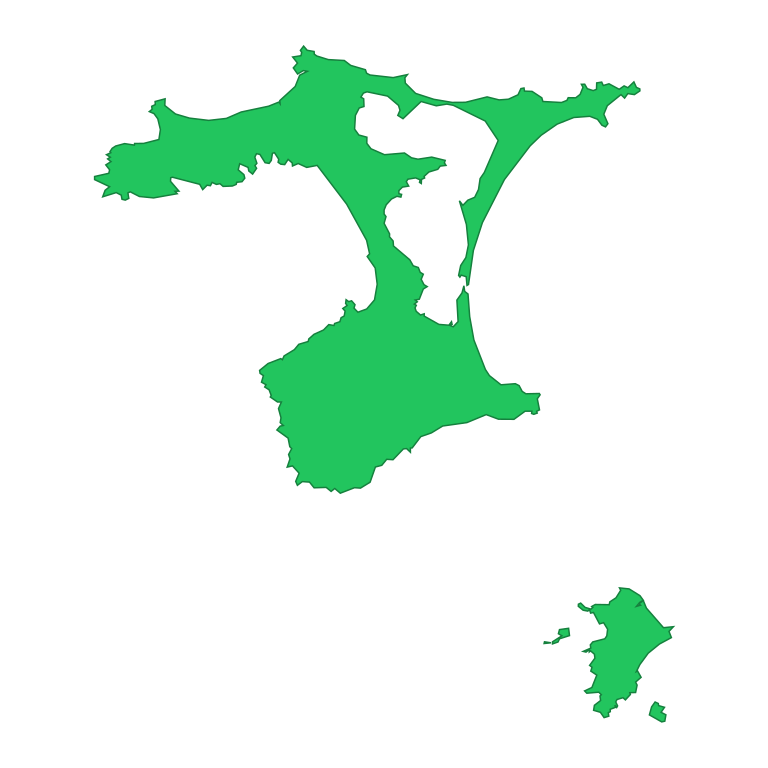 Chatham Islands Territory, New Zealand
{"feature_id": "76426892B18906871273548", "entity_name": "Chatham Islands Territory", "entity_type": "district", "adm_level": 2, "iso_a3": "NZL", "parent_name": "New Zealand", "parent_adm1": "", "projection": "equal_earth", "projection_center": [-176.482, -44.024], "detail": "fine", "context": "isolated", "style": "filled", "palette": "green", "viewbox_px": 768, "rotation_deg": 0, "n_neighbors": 0, "source": "geoboundaries", "source_scale": "gbopen_adm2", "svg_char_len": 6066}
<svg xmlns="http://www.w3.org/2000/svg" viewBox="0 0 768 768"><path d="M303.6,46.1L300.4,50.4L301.7,52.3L301.0,55.7L292.7,57.0L297.5,63.1L293.3,67.9L297.6,74.0L303.3,70.6L307.4,71.3L299.7,75.2L295.2,86.5L279.8,100.6L280.1,103.8L278.8,102.1L268.6,106.2L241.2,112.0L226.4,118.4L208.7,120.4L189.5,118.1L175.5,114.0L164.8,105.5L165.1,98.8L155.1,101.5L155.3,104.6L151.7,106.3L152.1,109.3L149.3,111.6L154.0,113.6L157.8,118.8L160.4,129.6L158.9,139.5L143.7,143.4L134.6,143.5L134.4,145.1L124.6,143.6L115.7,146.0L112.2,148.3L110.0,151.6L110.8,152.7L106.5,154.7L110.3,157.2L107.6,158.9L111.0,161.6L105.8,164.9L109.6,169.8L108.8,173.3L94.6,176.5L94.6,179.6L109.6,186.7L105.1,190.3L102.7,196.8L116.2,192.6L121.2,195.1L122.0,199.3L125.3,200.1L128.8,198.4L127.9,192.9L130.2,191.8L139.4,196.5L153.6,197.9L177.2,193.7L175.0,191.3L178.9,191.1L170.5,181.3L170.7,177.7L172.4,177.2L199.7,184.3L202.7,189.6L207.1,185.2L210.4,185.7L212.1,182.4L216.4,184.4L220.0,183.7L223.1,186.4L232.4,186.0L236.2,184.4L236.7,182.3L242.0,181.7L244.8,178.2L243.9,174.6L238.2,169.8L239.7,163.7L248.1,167.4L248.8,171.0L252.6,174.1L256.6,168.3L254.9,165.6L256.9,163.3L254.8,157.1L256.5,153.7L259.9,154.4L265.1,162.7L269.1,163.4L271.3,160.4L272.4,153.3L274.5,152.7L278.7,159.2L278.1,162.3L280.8,164.2L284.7,164.6L288.1,159.4L292.2,162.9L292.5,166.0L298.2,163.5L306.7,167.4L317.2,165.4L346.7,204.2L366.6,240.3L369.6,253.8L367.2,256.5L375.2,268.0L377.2,284.3L374.5,299.9L366.7,309.0L357.9,312.2L354.0,308.1L355.0,304.7L351.6,300.8L348.7,301.6L346.1,299.7L345.6,303.4L347.1,305.5L342.8,308.5L345.1,311.1L344.2,316.0L341.1,317.7L339.9,321.7L334.6,323.5L334.0,325.5L328.8,324.6L323.5,330.0L314.0,334.3L308.8,338.9L308.2,341.5L298.8,344.3L294.3,349.7L284.1,355.9L282.4,359.7L280.8,358.6L268.1,363.5L259.6,370.4L260.1,373.4L263.4,375.6L261.5,382.2L266.0,384.7L264.7,387.0L269.1,389.8L271.2,395.4L270.3,397.0L277.5,402.0L281.4,402.0L278.5,408.6L281.0,417.8L280.2,422.6L283.3,425.5L280.2,426.1L276.9,430.0L288.1,438.1L289.8,446.7L291.7,448.6L288.6,454.5L290.0,458.9L287.2,467.1L292.5,465.9L299.1,473.2L295.7,481.4L297.4,485.3L302.3,481.6L309.5,482.1L314.1,487.8L326.2,487.4L331.1,491.4L334.8,488.5L340.3,493.2L354.5,487.7L360.5,488.1L370.1,482.2L375.4,467.0L381.8,465.3L386.7,459.3L393.0,459.7L403.4,448.9L406.6,448.6L410.4,452.2L410.4,448.1L412.2,447.9L420.8,436.6L431.4,432.9L442.7,426.0L466.9,422.6L486.2,414.6L498.5,419.2L514.0,419.3L525.1,411.2L531.9,411.2L531.6,413.5L533.8,414.3L537.2,413.1L536.6,411.3L539.5,409.9L537.3,398.8L540.1,394.8L539.3,393.5L525.9,393.8L522.2,391.4L519.1,385.6L515.3,383.7L501.0,384.8L489.4,375.6L485.4,369.5L473.9,340.0L469.7,316.7L468.0,294.0L464.7,291.4L463.9,285.8L462.0,292.9L456.9,300.1L458.1,321.6L453.2,326.8L449.5,325.3L452.1,324.4L451.5,321.7L448.9,325.2L438.9,324.4L424.2,316.1L424.2,313.8L420.5,315.0L416.2,311.3L415.0,307.9L416.3,305.3L414.3,304.1L417.3,301.8L415.2,300.0L419.3,299.2L423.3,289.0L427.2,286.6L424.0,284.7L421.2,279.3L423.3,274.2L420.2,272.3L418.3,267.5L413.2,265.8L409.8,259.8L393.5,246.0L393.1,241.0L389.5,236.8L389.6,233.9L384.1,223.3L386.0,216.6L384.1,214.0L384.1,210.0L386.2,204.8L391.5,199.0L396.9,196.3L400.9,197.1L401.6,194.4L398.9,193.7L398.9,190.6L402.4,187.1L408.7,186.1L406.3,181.7L407.9,179.2L415.6,177.9L420.1,179.8L419.5,182.4L421.3,183.5L421.5,179.4L424.6,178.0L424.1,176.4L428.9,172.0L437.8,169.3L440.2,166.1L446.0,165.4L444.4,162.9L445.2,160.4L431.7,157.1L418.0,159.2L411.5,157.8L404.5,153.0L384.5,154.7L371.0,148.8L366.8,143.3L366.9,137.2L358.8,135.0L354.6,129.1L355.4,115.4L359.2,108.0L364.0,106.5L363.7,98.8L360.9,97.1L363.4,93.1L367.0,91.8L387.6,96.1L398.5,105.4L400.0,110.3L397.8,115.4L403.0,118.7L421.1,101.5L436.3,105.8L446.8,104.1L453.3,105.3L485.2,121.0L498.2,140.5L484.3,172.5L480.1,178.6L478.5,189.5L474.7,197.3L467.8,200.2L462.9,205.3L459.4,200.8L466.4,224.5L468.4,244.9L465.9,257.5L460.7,265.5L458.6,275.4L459.9,277.1L461.2,275.1L466.2,276.7L467.0,285.4L468.5,284.5L473.4,250.4L482.4,222.6L504.4,179.6L530.1,145.9L541.2,135.2L557.2,124.1L573.8,117.5L589.8,116.3L597.5,119.3L601.9,125.2L605.5,126.9L607.9,123.7L603.8,114.2L607.3,105.7L621.0,94.6L624.6,98.1L627.8,93.6L634.4,94.6L639.9,90.9L639.8,88.9L636.4,87.4L633.9,81.9L627.9,87.7L624.1,85.9L619.2,89.3L609.0,83.8L603.3,85.5L601.7,82.1L596.7,82.9L596.5,89.3L593.2,90.6L587.3,88.7L584.7,84.2L581.4,84.3L583.0,87.3L580.1,94.4L575.7,97.8L568.2,97.7L566.9,100.4L561.5,102.5L542.9,101.5L541.8,97.8L532.1,91.4L524.5,91.1L524.0,88.0L520.9,88.6L518.0,94.8L508.4,99.2L499.1,99.9L487.1,96.9L465.5,102.3L452.1,102.4L433.8,99.3L415.6,93.4L405.3,83.1L404.9,77.7L407.4,74.6L393.2,77.6L370.0,75.0L366.6,73.2L365.4,69.7L350.7,65.4L344.3,60.5L328.3,59.6L316.8,56.0L314.3,54.2L314.1,51.5L307.2,50.3L303.6,46.1ZM629.1,588.9L619.5,587.9L620.7,590.3L616.0,597.8L609.8,601.9L609.2,604.7L595.3,604.5L591.7,606.5L592.8,607.4L590.9,609.1L585.1,607.4L580.7,603.1L578.4,604.2L578.3,606.3L583.1,610.2L587.8,611.1L589.5,609.6L590.6,613.1L593.5,612.5L599.5,623.9L603.6,622.7L607.6,629.2L606.8,635.9L604.8,638.8L592.8,641.9L590.3,644.9L590.8,648.1L583.2,651.4L586.0,652.1L589.5,649.5L589.3,651.9L590.6,650.9L594.4,654.2L594.9,658.2L589.6,665.4L592.0,667.2L590.8,671.1L596.8,675.1L591.9,687.5L584.6,690.9L586.8,693.2L598.8,692.2L601.3,694.7L600.0,696.0L600.6,700.5L594.4,705.3L593.6,710.3L600.4,712.3L604.1,717.6L608.8,716.2L608.3,712.6L610.3,711.7L610.2,709.3L615.6,707.3L614.8,705.1L616.7,707.5L617.6,705.9L615.7,701.9L617.0,699.5L623.0,697.7L625.4,699.9L630.4,694.5L629.8,692.7L635.6,692.5L637.1,685.1L635.6,682.1L641.1,677.3L637.5,670.9L636.4,671.5L639.9,664.5L648.2,653.2L659.5,644.0L671.4,637.6L669.0,631.4L673.4,626.7L663.5,627.7L646.4,608.1L643.3,600.6L638.8,603.8L640.5,605.2L636.4,606.4L639.7,602.4L643.3,600.3L640.0,595.7L629.1,588.9ZM655.1,702.0L651.6,706.9L649.4,714.9L661.7,721.9L664.8,721.2L665.9,714.8L661.1,712.3L664.5,707.3L658.6,705.6L658.3,703.5L655.1,702.0ZM568.6,628.3L559.5,629.6L558.4,633.7L561.9,635.8L552.5,641.8L552.5,643.9L558.0,642.0L559.5,638.8L569.5,635.6L568.6,628.3ZM551.0,642.8L544.5,641.8L544.1,643.5L551.0,642.8Z" fill="#22c55e" stroke="#15803d" stroke-width="1.5"/></svg>